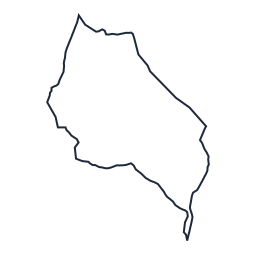 the district of Pedras de Fogo, Paraíba, Brazil
{"feature_id": "56859067B82910298217530", "entity_name": "Pedras de Fogo", "entity_type": "district", "adm_level": 2, "iso_a3": "BRA", "parent_name": "Brazil", "parent_adm1": "Paraíba", "projection": "natural_earth1", "projection_center": [-35.067, -7.353], "detail": "fine", "context": "isolated", "style": "outline", "palette": "slate", "viewbox_px": 256, "rotation_deg": 0, "n_neighbors": 0, "source": "geoboundaries", "source_scale": "gbopen_adm2", "svg_char_len": 1708}
<svg xmlns="http://www.w3.org/2000/svg" viewBox="0 0 256 256"><path d="M150.1,71.3L147.6,65.5L138.4,54.5L134.1,37.8L132.8,33.9L131.1,32.6L128.7,32.9L125.9,32.8L123.8,33.3L121.5,33.7L119.4,34.2L117.5,34.6L114.8,34.2L112.1,33.9L109.0,34.5L106.1,34.4L104.8,30.8L102.4,29.4L100.6,30.2L98.8,31.3L96.1,31.7L85.2,24.7L78.8,15.4L77.1,22.5L76.0,25.2L75.1,27.4L74.2,29.9L72.7,33.6L71.1,37.8L70.2,39.9L68.6,43.9L66.9,48.1L65.5,52.5L65.0,57.7L64.2,60.8L63.8,63.4L64.1,65.8L63.5,71.9L61.9,75.2L61.0,77.1L59.7,79.8L58.3,84.0L56.5,85.5L53.9,86.5L51.5,87.8L51.5,90.9L50.0,92.8L49.7,95.6L47.2,102.2L55.6,117.0L57.9,127.4L65.5,127.4L66.7,130.3L68.8,132.2L71.3,135.5L73.7,137.1L76.8,139.1L78.6,142.5L74.8,147.5L76.0,158.6L78.9,159.8L82.4,161.1L88.4,161.8L89.9,163.3L92.6,165.0L95.3,165.1L97.0,166.0L99.3,167.1L101.5,167.3L105.2,168.2L107.8,168.3L110.5,167.7L116.9,165.3L119.0,165.4L122.7,165.3L126.1,164.9L131.0,163.3L133.6,165.4L135.8,169.4L141.4,173.7L145.6,177.9L150.7,180.9L154.4,182.2L157.9,184.0L163.9,191.7L165.2,194.2L167.2,196.9L170.2,199.2L172.8,201.4L175.5,205.2L179.8,208.1L182.0,209.2L185.2,210.4L187.2,212.1L187.8,216.3L185.0,222.4L183.8,232.2L186.0,234.7L187.2,240.6L188.1,236.7L188.8,233.7L189.5,231.2L190.1,228.2L191.1,224.0L191.9,220.3L192.5,217.1L191.9,214.3L190.7,210.7L189.9,207.8L190.3,204.9L190.9,201.8L191.5,198.2L191.9,196.0L193.0,192.7L194.7,191.6L197.2,190.0L198.9,187.1L200.9,183.4L202.6,180.3L204.6,176.4L206.1,173.7L207.4,170.5L207.6,167.0L208.8,164.6L208.4,161.6L208.2,159.2L208.6,156.4L207.6,154.4L206.6,152.3L204.7,149.4L203.7,147.2L202.9,144.9L202.0,142.8L200.0,140.1L205.0,128.2L206.1,126.3L189.5,107.5L184.4,103.9L175.9,97.8L150.1,71.3Z" fill="none" stroke="#1e293b" stroke-width="2"/></svg>